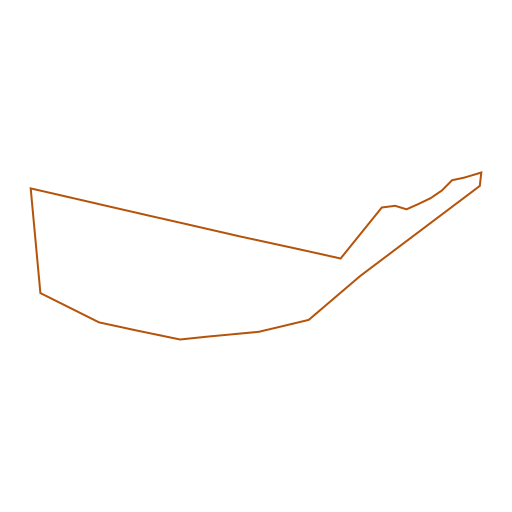 Borborema, Paraíba, Brazil
{"feature_id": "56859067B85687691204770", "entity_name": "Borborema", "entity_type": "district", "adm_level": 2, "iso_a3": "BRA", "parent_name": "Brazil", "parent_adm1": "Paraíba", "projection": "albers", "projection_center": [-35.582, -6.792], "detail": "fine", "context": "isolated", "style": "outline", "palette": "amber", "viewbox_px": 512, "rotation_deg": 0, "n_neighbors": 0, "source": "geoboundaries", "source_scale": "gbopen_adm2", "svg_char_len": 446}
<svg xmlns="http://www.w3.org/2000/svg" viewBox="0 0 512 512"><path d="M30.7,188.4L32.5,208.0L40.4,293.1L99.1,322.4L134.7,330.1L180.1,339.5L208.7,336.5L258.8,331.8L308.7,319.9L339.3,293.8L360.3,275.9L479.8,185.9L481.3,172.5L464.0,177.7L452.1,180.2L442.0,190.4L430.7,198.1L417.8,204.3L406.5,209.3L395.1,205.8L381.8,207.5L340.6,258.5L303.8,250.3L239.8,236.4L174.4,221.4L149.2,215.7L30.7,188.4Z" fill="none" stroke="#b45309" stroke-width="2"/></svg>